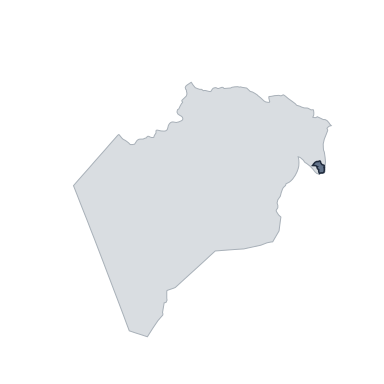 location of Lac Léré, Mayo-Kebbi Ouest, Chad, rotated 223°
{"feature_id": "50815135B81119267829848", "entity_name": "Lac Léré", "entity_type": "district", "adm_level": 2, "iso_a3": "TCD", "parent_name": "Chad", "parent_adm1": "Mayo-Kebbi Ouest", "projection": "albers", "projection_center": [14.353, 9.616], "detail": "fine", "context": "in_parent", "style": "filled", "palette": "slate", "viewbox_px": 384, "rotation_deg": 223, "n_neighbors": 0, "source": "geoboundaries", "source_scale": "gbopen_adm2", "svg_char_len": 4921}
<svg xmlns="http://www.w3.org/2000/svg" viewBox="0 0 384 384"><g transform="rotate(223 192 192)"><path d="M283.0,115.8L283.3,123.8L283.5,131.8L283.7,139.8L284.0,147.9L284.2,155.9L284.4,164.0L284.7,172.1L284.9,180.1L285.0,182.8L284.8,183.9L284.7,184.0L284.4,184.2L280.1,183.6L278.3,183.6L275.7,184.3L272.0,184.7L269.5,184.6L267.9,186.1L266.6,187.8L267.3,191.8L267.2,193.1L266.7,194.5L265.6,195.7L264.5,196.7L263.8,197.5L263.0,199.4L262.4,200.3L262.5,201.4L262.3,202.6L261.6,203.2L259.9,203.7L258.7,204.3L257.8,205.2L257.2,205.8L257.6,206.7L258.1,207.8L258.4,209.6L258.6,210.6L259.4,211.5L260.0,212.1L260.2,212.8L259.7,213.5L257.6,214.8L256.7,215.3L255.7,216.0L255.4,216.3L253.8,217.6L253.0,218.7L252.7,219.6L252.7,220.9L253.6,222.7L254.5,224.3L254.9,225.5L255.1,226.8L255.0,228.1L254.6,229.2L253.8,230.2L250.9,232.1L249.5,234.2L248.4,236.7L248.1,238.1L248.4,239.0L249.1,239.7L250.0,240.1L251.3,240.2L253.4,239.7L255.4,239.4L257.5,240.2L258.7,242.3L258.3,243.8L259.2,246.5L260.0,249.8L259.9,251.0L260.2,251.4L261.6,251.6L261.9,252.3L261.6,258.2L262.3,259.8L263.2,260.9L264.2,261.5L265.2,262.3L265.8,262.8L266.9,262.9L268.3,263.9L268.7,265.3L268.6,266.7L267.9,269.7L267.4,271.7L266.6,271.6L265.0,271.1L263.1,270.8L260.8,270.5L258.6,271.3L256.2,272.4L255.5,273.2L254.8,273.7L253.7,273.7L252.8,273.8L252.3,274.6L251.4,275.4L248.0,277.2L247.3,277.8L246.8,278.5L246.9,279.1L247.2,280.5L247.3,282.3L246.5,283.7L245.7,284.6L244.6,285.0L243.8,285.2L243.2,285.8L241.5,289.0L240.7,289.6L239.1,289.6L234.7,294.4L234.2,295.8L232.6,297.9L230.5,300.1L228.6,301.2L228.5,301.6L228.0,302.1L226.9,302.6L222.9,305.3L218.0,305.3L215.9,306.4L213.8,306.9L210.8,307.5L209.8,307.4L205.9,307.7L201.3,307.7L199.6,308.1L198.0,309.1L196.7,310.1L196.6,310.4L196.8,310.7L196.7,311.0L200.0,313.2L200.8,314.3L200.0,315.3L199.6,315.5L199.0,316.4L197.2,318.9L194.4,321.9L192.9,322.7L192.3,323.3L191.6,325.2L191.1,325.5L189.1,325.8L185.2,326.0L179.8,326.7L176.6,327.0L174.6,326.8L171.8,328.2L170.8,328.6L170.1,328.7L167.3,330.0L165.0,332.0L164.2,332.4L160.9,333.3L159.6,334.7L159.0,334.8L156.9,333.0L155.5,331.4L154.8,329.7L154.7,329.1L154.3,329.2L153.1,330.0L152.1,330.9L151.7,332.5L148.3,333.6L145.4,334.5L144.1,335.7L142.0,336.3L139.4,336.1L137.4,335.6L135.4,335.5L136.4,334.0L136.7,332.9L136.8,331.5L136.7,330.6L135.5,330.2L134.7,329.5L133.0,325.3L131.3,320.9L128.8,316.6L126.1,313.9L124.2,312.2L123.6,312.0L122.6,311.5L121.9,311.0L118.3,308.1L114.7,304.9L113.7,303.4L111.9,301.2L109.9,298.9L108.8,297.8L108.3,296.0L109.7,294.3L111.2,292.1L113.1,290.7L115.5,290.6L119.4,291.2L123.7,291.4L128.0,291.0L129.1,290.7L130.1,290.7L132.4,291.2L136.4,291.0L138.4,290.2L136.2,288.7L133.8,286.4L131.6,283.8L130.3,281.5L129.0,278.5L127.9,274.8L127.2,270.0L127.3,267.3L127.6,265.4L128.8,262.2L128.0,260.4L128.2,258.9L128.1,256.7L127.7,255.6L126.1,251.9L125.8,251.5L124.5,249.0L123.9,244.8L122.3,242.0L119.9,240.6L118.5,239.0L118.0,236.1L117.0,235.3L113.1,234.3L109.9,234.3L107.6,231.0L104.6,226.8L101.8,222.9L100.0,215.0L99.0,210.6L100.2,209.2L102.5,206.0L105.4,200.0L112.0,190.5L115.3,185.7L122.0,178.6L130.2,169.7L134.8,164.7L135.5,155.7L136.2,146.2L136.8,138.9L137.5,130.4L138.1,123.3L138.5,118.1L139.1,110.8L139.7,109.4L142.8,103.6L143.1,102.8L142.5,101.9L137.9,97.0L136.5,95.9L135.7,93.4L136.8,92.0L131.4,83.8L130.0,82.9L129.4,81.9L129.4,80.4L129.2,74.8L127.8,65.9L125.9,55.7L132.2,52.8L137.0,50.5L143.2,47.7L148.9,50.5L157.2,54.7L165.5,58.8L173.8,62.9L182.2,67.0L190.5,71.1L198.9,75.2L207.2,79.3L215.6,83.4L224.0,87.5L232.4,91.6L240.8,95.6L249.2,99.7L257.7,103.7L266.1,107.7L274.6,111.8L283.0,115.8Z" fill="#d9dde1" stroke="#a8b0b8" stroke-width="1"/><path d="M121.9,293.6L121.0,294.3L120.7,294.6L120.4,294.8L120.2,295.1L119.8,295.4L119.5,295.6L119.4,295.6L119.1,295.7L118.9,295.7L118.7,295.8L118.2,295.9L118.3,295.8L118.0,295.7L117.5,295.3L117.1,295.2L116.6,294.9L116.4,294.7L116.0,294.6L115.5,294.6L115.2,294.7L114.8,294.8L114.5,294.8L114.3,294.5L114.1,294.2L113.8,293.8L113.3,293.4L112.8,293.1L112.5,292.9L112.0,292.8L111.6,292.8L111.5,292.7L111.5,292.8L111.4,292.9L111.1,293.3L111.0,293.5L110.8,293.6L110.7,293.8L110.6,294.0L110.2,294.3L110.2,294.5L109.9,294.7L109.6,294.9L109.5,295.1L109.4,295.1L109.2,295.7L109.1,296.0L109.1,296.3L109.1,296.5L109.1,296.8L109.4,297.1L109.5,297.2L109.7,297.6L109.8,297.8L110.0,298.0L110.3,298.3L110.5,298.5L110.6,298.8L110.8,298.9L111.1,299.3L111.3,299.4L111.4,299.5L111.5,299.5L111.7,299.8L111.9,299.8L112.1,299.8L112.2,300.1L112.2,300.4L112.3,300.4L112.5,300.5L112.9,300.9L113.1,301.3L113.5,301.6L114.0,301.4L114.4,301.3L114.9,301.0L115.7,300.7L116.7,300.9L117.6,301.1L118.2,301.3L118.5,301.7L119.1,302.0L119.7,301.9L120.2,301.2L120.3,300.5L120.6,300.0L121.4,299.7L121.7,299.0L122.0,298.3L122.2,297.7L122.2,296.9L122.2,296.4L122.1,296.1L122.1,295.9L122.1,295.6L122.2,295.4L122.1,295.2L122.0,294.8L122.0,294.5L122.0,294.4L122.0,294.2L121.9,293.8L121.9,293.6Z" fill="#64748b" stroke="#1e293b" stroke-width="1.5"/></g></svg>